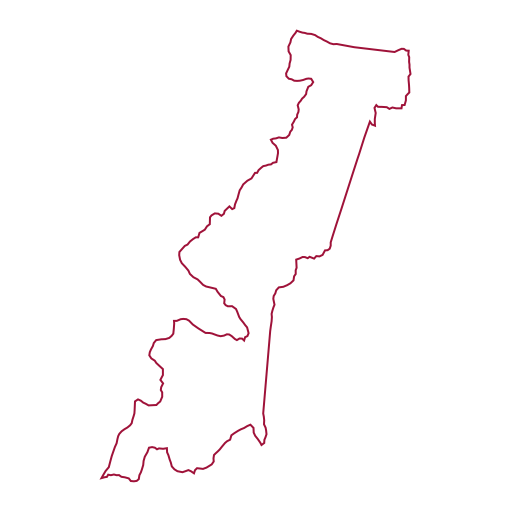 Presidente Bernardes, São Paulo, Brazil (Natural Earth projection)
{"feature_id": "56859067B75920371032685", "entity_name": "Presidente Bernardes", "entity_type": "district", "adm_level": 2, "iso_a3": "BRA", "parent_name": "Brazil", "parent_adm1": "São Paulo", "projection": "natural_earth1", "projection_center": [-51.643, -22.106], "detail": "fine", "context": "isolated", "style": "outline", "palette": "rose", "viewbox_px": 512, "rotation_deg": 0, "n_neighbors": 0, "source": "geoboundaries", "source_scale": "gbopen_adm2", "svg_char_len": 4718}
<svg xmlns="http://www.w3.org/2000/svg" viewBox="0 0 512 512"><path d="M408.3,54.8L408.7,50.7L406.2,50.6L403.9,48.9L401.6,48.8L398.3,50.2L394.6,52.0L354.2,47.2L336.8,44.0L333.4,44.2L330.0,43.3L326.8,41.5L323.8,40.1L320.9,38.3L317.8,36.9L315.1,35.1L311.2,33.9L307.3,33.7L304.7,32.9L302.4,32.6L299.8,31.8L296.8,30.7L295.5,32.9L293.4,35.5L291.1,39.0L290.4,42.4L288.4,46.6L288.6,51.4L290.7,55.1L290.6,59.9L289.6,63.5L289.3,66.7L287.8,69.8L286.1,73.4L286.4,76.2L288.8,78.7L291.7,79.3L294.2,80.7L297.1,80.9L299.9,80.7L303.1,80.0L306.4,78.8L308.5,78.5L311.2,78.8L313.2,82.1L311.2,85.2L308.3,86.8L306.5,91.3L306.1,94.1L304.1,96.8L302.1,98.6L300.7,100.8L298.9,102.8L297.7,105.3L298.7,109.4L298.4,112.0L297.2,114.6L297.0,117.3L295.1,119.0L293.8,121.7L292.0,124.7L292.7,127.3L291.9,129.8L290.3,131.7L289.2,135.0L286.3,137.7L282.4,138.0L278.9,137.4L275.9,138.4L273.2,138.7L270.9,139.7L272.6,142.9L275.8,145.7L277.9,150.0L278.0,153.1L277.4,156.6L276.4,162.1L273.0,162.8L271.0,164.4L268.3,164.7L265.9,165.6L263.3,166.1L261.5,167.5L258.6,170.1L257.1,172.9L255.0,172.9L252.9,176.2L251.5,178.4L249.4,179.6L247.4,180.7L243.2,184.4L241.6,187.4L239.7,190.3L238.6,194.2L237.5,198.4L236.4,200.8L235.0,204.4L234.3,208.1L232.2,209.1L229.4,206.4L224.7,210.9L223.9,213.8L221.4,215.8L218.3,213.7L214.8,213.4L211.5,215.4L210.0,217.3L209.8,224.2L207.0,226.3L204.8,229.7L202.5,231.1L199.5,232.9L198.2,237.3L195.8,237.3L193.0,239.1L190.0,241.5L187.5,244.6L184.8,245.9L181.7,249.4L179.4,252.0L179.2,255.2L180.1,259.8L181.8,263.2L185.3,266.9L188.4,270.6L189.9,273.9L193.4,277.2L197.6,279.4L200.0,281.7L203.1,284.9L206.1,286.5L212.1,287.9L215.8,288.8L217.5,291.7L220.9,296.0L223.4,297.1L224.6,299.5L224.2,303.3L225.7,305.2L227.9,306.3L232.1,306.2L236.0,309.0L237.2,311.7L239.2,317.0L240.5,319.1L243.3,322.5L245.1,325.0L247.1,327.4L248.6,333.2L247.4,336.1L245.1,337.2L244.1,340.5L242.1,338.6L239.5,338.5L236.9,340.1L234.9,339.0L231.7,336.1L229.2,334.5L226.9,334.3L224.0,335.6L220.6,336.2L217.5,335.5L214.2,334.3L212.1,333.5L209.6,333.0L205.5,332.9L198.2,328.3L192.8,324.5L189.1,320.7L186.4,319.2L183.3,318.9L180.7,319.2L176.7,320.9L174.0,320.9L174.2,323.5L173.8,328.9L173.3,333.7L171.7,335.8L169.3,337.9L165.5,339.1L161.3,339.3L156.2,340.1L153.8,343.0L152.9,346.0L151.0,349.4L149.8,352.2L149.3,355.3L151.3,358.4L154.8,360.7L156.3,363.0L159.3,365.8L162.9,369.1L162.9,371.9L162.9,375.1L161.5,377.7L160.4,379.9L163.1,383.4L161.2,387.2L160.8,390.0L162.2,392.4L162.2,396.8L160.2,401.5L158.0,403.3L156.4,405.0L148.6,405.4L145.6,403.7L143.2,402.6L140.9,400.7L138.0,399.4L135.0,401.4L134.6,410.5L134.4,413.4L133.6,416.2L132.4,419.9L131.7,423.2L130.1,425.3L127.4,427.5L124.5,429.2L121.6,431.3L119.3,433.9L118.2,436.1L117.5,438.8L116.6,443.3L114.9,447.0L111.8,455.9L111.0,458.8L110.2,461.8L108.8,467.2L105.6,471.0L103.0,475.4L101.5,478.1L104.8,477.2L106.9,476.9L108.2,474.7L110.9,475.2L113.9,474.5L116.6,475.2L119.0,475.1L121.4,476.8L124.8,477.3L128.8,478.4L130.8,481.0L133.9,481.3L136.7,480.9L138.8,479.1L139.4,475.2L140.9,472.3L141.9,469.4L143.2,465.1L143.6,460.9L144.8,456.7L147.4,452.2L149.0,447.7L152.1,447.1L154.9,447.7L157.0,449.3L159.0,448.4L163.1,448.8L166.9,448.2L167.1,452.3L168.4,455.2L169.7,459.6L170.8,462.5L171.8,466.4L174.4,469.3L177.4,471.2L182.5,472.2L185.7,471.1L188.4,470.1L190.9,471.2L194.0,473.3L195.0,470.2L197.0,468.2L199.8,468.5L203.0,468.9L206.5,467.6L209.6,465.7L211.7,464.4L213.7,461.5L213.5,458.3L214.0,455.0L215.6,453.4L217.8,451.4L219.7,449.5L222.0,446.6L225.0,443.0L227.1,441.2L230.1,439.7L231.4,435.3L234.3,433.2L238.1,430.8L240.9,429.3L244.1,428.0L247.2,426.1L250.4,424.7L253.5,427.9L253.7,432.6L255.2,435.8L257.9,439.2L260.3,442.7L261.5,445.0L264.2,443.0L264.4,439.8L265.4,437.5L266.5,434.2L266.1,430.4L265.6,427.7L264.0,424.3L264.2,420.3L263.8,416.6L263.2,413.5L270.2,331.0L270.8,326.6L271.6,321.3L271.9,317.1L271.6,313.9L272.4,310.7L273.4,307.5L274.5,304.7L273.8,301.3L273.3,298.8L273.7,296.0L275.3,293.4L276.2,290.3L278.8,287.4L283.3,286.8L287.1,285.2L290.4,283.3L293.5,280.4L294.1,276.3L295.7,274.0L295.7,270.2L296.6,267.8L296.2,259.6L299.5,258.5L302.6,257.0L305.0,257.1L307.7,258.2L309.6,256.8L314.1,258.6L316.3,256.1L319.5,256.4L322.6,254.9L325.0,250.4L327.6,250.2L329.7,248.7L330.7,245.7L330.7,242.4L332.6,236.2L336.4,224.2L341.5,208.6L353.0,172.7L357.7,158.2L359.0,154.4L364.3,137.6L369.9,121.6L371.9,124.5L375.0,125.7L374.8,122.9L374.8,119.0L375.7,113.0L374.5,107.9L376.3,105.1L378.0,106.8L382.2,106.9L386.8,107.2L389.4,108.9L392.4,107.5L396.0,108.3L398.5,108.3L401.5,108.3L402.0,105.1L404.6,105.0L405.9,100.4L405.9,96.1L407.5,94.3L409.3,92.5L409.2,88.4L409.0,84.8L408.6,80.4L408.5,76.6L410.5,74.0L410.0,70.8L409.5,67.6L409.5,64.6L409.1,61.9L409.2,57.2L408.3,54.8Z" fill="none" stroke="#9f1239" stroke-width="2"/></svg>